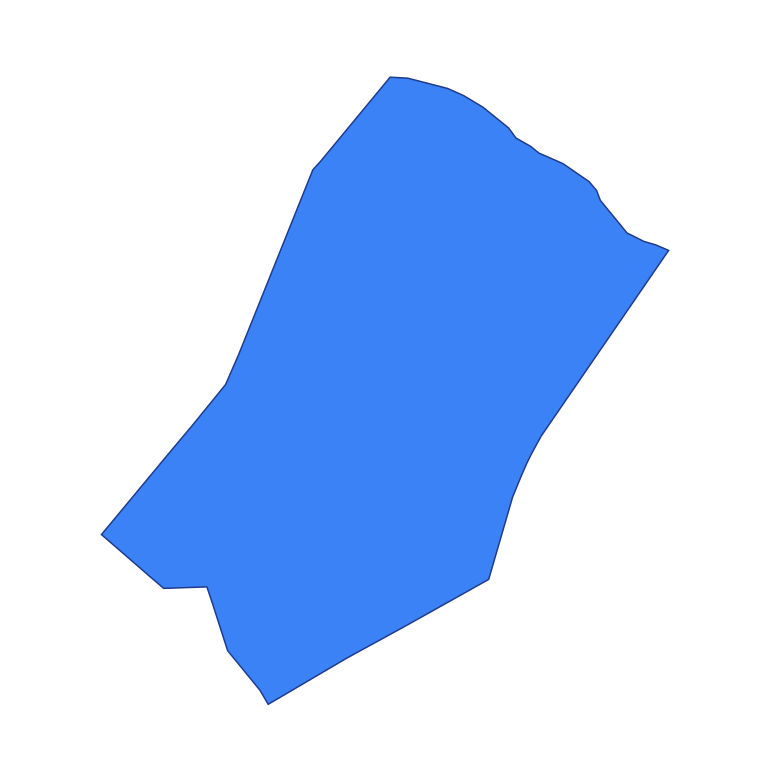 Matias Olímpio, Piauí, Brazil (orthographic projection), rotated 83°
{"feature_id": "56859067B98768329388642", "entity_name": "Matias Olímpio", "entity_type": "district", "adm_level": 2, "iso_a3": "BRA", "parent_name": "Brazil", "parent_adm1": "Piauí", "projection": "orthographic", "projection_center": [-42.594, -3.708], "detail": "fine", "context": "isolated", "style": "filled", "palette": "blue", "viewbox_px": 768, "rotation_deg": 83, "n_neighbors": 0, "source": "geoboundaries", "source_scale": "gbopen_adm2", "svg_char_len": 656}
<svg xmlns="http://www.w3.org/2000/svg" viewBox="0 0 768 768"><g transform="rotate(83 384 384)"><path d="M80.2,340.5L155.5,420.1L162.7,428.5L337.1,524.7L365.2,541.3L400.9,578.4L425.8,605.1L499.0,682.8L546.3,640.1L560.0,627.6L563.8,584.5L581.5,580.9L629.6,571.7L673.1,544.3L687.8,538.0L652.0,455.4L648.2,446.0L627.1,392.9L590.7,303.9L511.6,270.0L490.7,258.2L480.4,252.1L471.1,246.0L454.9,234.4L286.1,85.2L278.9,97.6L274.1,108.8L263.7,124.4L228.1,146.9L217.9,149.4L208.2,155.7L187.1,179.5L173.6,202.2L166.1,209.4L155.9,223.1L145.2,229.0L121.3,252.1L107.6,269.6L98.5,284.7L83.3,323.3L80.2,340.5Z" fill="#3b82f6" stroke="#1e3a8a" stroke-width="1.5"/></g></svg>